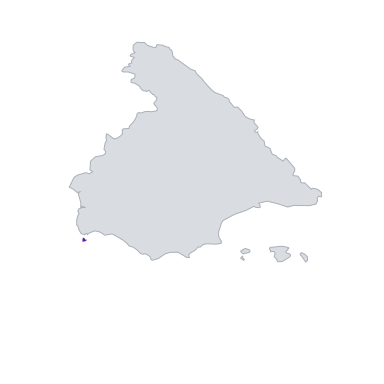 Spain, with Ceuta highlighted, rotated 36°
{"feature_id": "ESP-5815", "entity_name": "Ceuta", "entity_type": "Autonomous City", "adm_level": 1, "iso_a3": "ESP", "parent_name": "Spain", "parent_adm1": "", "projection": "orthographic", "projection_center": [-5.347, 35.887], "detail": "fine", "context": "in_parent", "style": "filled", "palette": "violet", "viewbox_px": 384, "rotation_deg": 36, "n_neighbors": 0, "source": "natural_earth", "source_scale": "10m", "svg_char_len": 3889}
<svg xmlns="http://www.w3.org/2000/svg" viewBox="0 0 384 384"><g transform="rotate(36 192 192)"><path d="M200.2,97.1L200.3,98.0L201.8,99.6L206.5,100.5L207.7,101.1L207.5,103.5L206.5,105.6L207.6,106.4L208.7,106.3L209.9,104.6L210.3,105.7L212.4,106.6L217.1,108.3L220.4,108.4L224.0,111.9L229.4,110.9L234.6,114.2L239.2,113.1L240.3,113.8L247.5,113.4L247.6,110.5L248.4,109.3L261.2,112.5L262.9,114.8L262.7,116.1L263.6,118.9L265.2,118.7L268.4,116.9L272.8,118.5L274.1,120.2L275.0,120.3L278.0,118.3L286.9,119.7L287.1,118.3L287.7,117.8L291.2,116.3L292.6,115.9L297.3,116.4L298.1,118.0L299.0,118.6L299.5,119.9L296.9,121.0L296.9,123.5L298.8,125.4L299.3,129.0L295.1,134.0L282.4,142.9L278.3,147.9L268.5,151.0L258.3,155.2L252.5,161.8L254.1,162.2L256.1,164.2L255.6,165.2L252.9,166.8L250.5,167.3L246.4,175.3L240.5,183.6L238.4,187.3L233.9,196.9L234.0,199.6L237.0,208.7L238.6,211.0L240.7,213.0L244.7,214.5L245.7,216.1L244.5,217.9L240.8,221.0L234.3,225.2L231.6,228.5L231.2,231.5L229.3,232.9L228.8,237.1L226.3,243.0L226.2,244.6L228.4,246.6L226.4,248.0L216.0,249.0L209.7,253.8L206.6,257.9L203.9,265.5L200.5,270.1L198.9,270.9L196.4,269.1L193.3,268.9L190.3,269.6L188.8,271.2L186.4,272.1L183.9,271.4L178.8,271.1L176.5,271.3L172.9,272.6L169.8,271.8L164.5,271.5L153.3,272.6L151.8,273.1L146.9,278.2L141.4,278.4L136.4,280.4L133.1,285.3L132.4,288.0L131.4,287.3L130.7,287.6L130.3,289.6L126.8,290.8L123.0,289.2L119.8,286.7L118.1,286.5L115.4,282.7L114.2,280.3L113.4,277.6L113.3,275.8L110.9,274.7L110.4,272.3L112.2,269.2L114.5,267.5L112.3,267.6L110.7,269.6L108.8,266.4L100.7,260.0L101.1,257.8L99.7,259.5L98.8,259.9L94.6,259.5L89.8,260.2L88.0,249.5L89.3,245.8L94.8,238.7L98.2,237.7L99.6,234.0L96.5,234.1L91.8,226.8L93.2,220.1L98.1,215.2L99.0,213.2L99.2,211.3L98.3,210.0L95.7,209.2L93.1,203.8L92.6,200.5L90.4,198.6L88.6,195.3L90.3,194.8L97.1,194.9L98.7,194.1L100.0,191.9L101.3,188.3L101.7,186.1L99.1,182.9L99.0,182.3L99.4,181.2L103.5,177.8L102.7,175.2L103.5,169.7L103.2,166.5L102.8,163.8L101.5,160.4L102.4,159.0L104.6,157.9L106.3,155.1L108.8,152.8L112.0,151.0L115.8,147.0L115.2,145.1L113.9,144.1L109.4,143.2L109.0,142.4L109.1,138.0L108.0,136.2L106.3,136.4L103.8,135.6L103.2,136.0L100.0,135.9L97.7,135.0L96.8,135.7L96.4,137.2L92.6,138.8L90.5,138.6L87.0,137.2L83.1,137.6L82.6,137.2L79.2,138.9L78.0,139.0L76.7,136.7L78.6,133.6L77.1,130.6L76.1,130.4L69.8,132.4L66.0,135.2L64.5,135.5L64.0,135.0L64.0,130.9L68.0,126.6L65.6,126.2L65.8,125.0L67.4,123.0L65.9,121.4L66.1,117.0L62.6,118.3L61.8,118.1L61.8,116.3L64.0,112.8L61.9,112.4L60.3,111.0L58.3,108.0L58.4,106.5L59.7,102.9L62.7,101.3L65.6,99.0L69.6,99.6L75.6,97.7L77.6,96.6L77.6,95.2L76.9,94.0L77.6,93.0L82.5,90.2L85.3,89.9L88.3,88.5L90.2,89.5L92.0,89.2L93.9,90.4L96.4,93.1L100.2,94.2L103.3,93.4L118.8,93.4L123.3,92.1L126.7,93.7L133.3,94.5L137.3,95.8L148.4,98.0L152.4,98.0L160.4,95.7L162.6,96.2L165.8,95.1L167.3,95.3L169.3,96.8L176.5,98.7L178.3,96.9L179.6,96.5L184.8,97.4L190.0,99.5L192.6,99.5L196.5,98.8L200.2,97.1ZM302.8,185.0L304.8,185.7L306.7,184.8L307.8,184.9L308.9,185.2L309.3,186.9L305.8,195.3L302.5,197.9L298.9,196.4L296.9,196.2L296.2,195.6L295.5,193.0L294.5,192.2L293.2,192.0L290.7,194.2L289.7,192.9L288.4,192.8L287.8,192.0L287.8,190.9L295.5,184.0L297.7,182.4L302.6,180.3L303.4,180.5L302.8,181.5L303.6,182.3L302.8,185.0ZM325.7,179.6L325.1,181.9L318.7,179.5L316.7,179.3L316.1,178.9L316.1,176.7L320.2,176.0L323.6,176.7L325.7,179.6ZM270.6,210.4L270.0,212.0L266.9,211.7L266.2,211.1L266.7,209.2L267.6,209.0L267.5,207.7L268.4,206.3L272.6,205.0L273.7,205.8L274.0,207.0L271.6,210.0L270.6,210.4ZM274.1,216.6L273.7,217.0L270.3,216.9L270.2,215.9L270.7,214.3L272.1,215.7L274.0,215.8L274.1,216.6Z" fill="#d9dde1" stroke="#a8b0b8" stroke-width="1"/><path d="M132.8,295.5L132.4,295.1L132.0,294.6L131.8,294.1L131.6,293.5L131.9,293.4L132.3,293.5L132.8,293.7L133.1,294.0L133.5,294.1L134.1,293.8L133.9,294.4L133.0,295.1L132.8,295.5Z" fill="#8b5cf6" stroke="#5b21b6" stroke-width="1.5"/></g></svg>